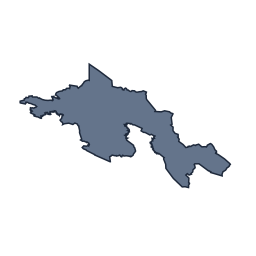 Bunkas pag., Priekules, Latvia, rotated 210°
{"feature_id": "27541924B56960431144298", "entity_name": "Bunkas pag.", "entity_type": "district", "adm_level": 2, "iso_a3": "LVA", "parent_name": "Latvia", "parent_adm1": "Priekules", "projection": "robinson", "projection_center": [21.538, 56.525], "detail": "fine", "context": "isolated", "style": "filled", "palette": "slate", "viewbox_px": 256, "rotation_deg": 210, "n_neighbors": 0, "source": "geoboundaries", "source_scale": "gbopen_adm2", "svg_char_len": 5908}
<svg xmlns="http://www.w3.org/2000/svg" viewBox="0 0 256 256"><g transform="rotate(210 128 128)"><path d="M47.2,155.7L48.7,155.8L49.1,155.4L50.7,152.8L50.5,151.2L50.6,150.8L51.9,150.4L54.6,148.6L58.7,149.3L60.7,147.2L60.7,146.7L62.7,146.2L63.7,144.8L64.3,143.4L65.5,143.2L65.7,142.5L66.7,142.3L66.8,141.8L66.6,141.3L68.2,140.0L71.9,141.2L77.4,141.8L78.1,143.9L80.0,144.8L79.8,144.9L81.4,147.5L84.6,146.9L88.0,148.3L87.8,148.3L89.4,151.3L92.5,151.9L91.7,153.3L95.8,158.7L96.1,162.7L96.3,162.9L98.6,162.4L100.1,162.8L104.9,161.2L107.3,158.6L112.9,155.8L112.9,156.9L113.1,157.1L126.1,162.0L127.0,162.8L128.6,165.4L129.8,166.1L129.9,167.1L129.7,167.3L130.0,168.3L130.9,168.2L133.4,167.8L134.6,166.2L135.9,165.4L138.2,163.4L139.9,163.1L140.8,163.5L143.2,162.4L143.5,161.3L144.0,160.9L145.3,160.7L146.7,161.0L147.7,160.5L149.0,161.3L149.9,161.4L150.2,161.3L150.9,159.8L150.5,158.9L150.8,158.7L152.1,158.5L152.6,159.3L153.7,159.7L154.9,159.5L157.1,157.7L162.4,156.2L165.8,161.0L181.9,163.0L193.5,163.9L185.4,149.9L186.0,149.8L188.0,148.0L189.0,146.2L189.0,144.4L189.4,142.6L189.2,141.5L189.8,140.9L191.0,137.6L192.3,138.1L192.9,138.7L200.0,136.0L199.9,135.4L198.9,135.1L198.3,133.0L198.9,133.0L201.1,131.5L201.2,130.0L203.0,128.8L202.9,128.5L203.4,128.0L203.5,127.2L206.0,125.2L207.6,122.9L207.6,121.5L207.3,120.4L207.1,120.6L204.8,120.2L202.0,119.4L201.9,119.1L202.8,118.4L204.0,118.3L204.6,118.7L204.9,118.1L205.7,117.9L207.4,118.0L207.3,117.8L207.5,117.7L208.1,118.1L208.5,118.1L209.2,117.3L209.7,117.2L209.7,116.9L208.1,116.2L208.1,115.9L207.2,115.2L207.5,114.7L206.9,114.4L207.0,114.0L209.1,113.3L211.0,111.9L213.7,110.6L216.6,109.8L219.7,109.7L219.7,109.3L220.3,109.1L222.3,109.3L226.2,107.1L226.7,107.2L227.1,107.9L229.7,106.0L229.4,105.5L229.6,104.3L231.6,103.6L231.6,102.3L232.4,101.5L231.9,100.2L234.8,97.3L234.0,95.9L233.7,95.9L228.9,97.5L229.1,98.6L228.8,98.8L229.2,99.4L227.6,100.1L226.5,99.9L224.1,100.7L222.2,100.8L220.0,101.4L217.8,100.9L218.2,99.7L219.1,99.0L219.4,98.1L220.7,97.8L221.7,97.0L222.6,96.8L222.6,96.6L222.0,96.0L222.1,95.4L219.8,94.8L220.6,94.3L219.9,94.1L220.3,93.7L219.7,93.1L219.9,92.9L219.3,92.8L219.4,92.4L215.3,92.8L215.1,92.5L215.7,92.1L215.4,91.8L215.0,91.8L215.3,91.5L215.1,91.4L214.6,91.8L213.3,91.9L211.7,92.5L209.0,92.7L209.1,93.0L207.9,93.2L208.1,93.7L208.8,94.1L208.6,94.5L209.2,94.9L208.1,95.4L208.3,96.0L207.6,96.2L207.4,96.5L207.6,96.9L206.2,98.3L206.2,98.6L207.0,99.1L206.5,99.3L207.2,99.6L206.2,100.3L206.4,100.5L205.6,100.7L206.0,100.9L205.7,101.2L204.6,100.9L204.8,100.6L204.6,100.4L203.5,100.4L203.6,100.1L202.1,100.7L201.8,101.3L202.9,101.4L202.6,101.9L202.8,102.1L202.5,102.2L203.3,102.3L203.8,103.1L204.3,103.1L203.1,103.5L202.1,103.7L202.1,104.2L201.2,104.1L200.8,104.4L201.0,104.7L200.3,104.7L200.3,105.1L199.8,105.3L200.1,105.7L199.9,106.1L200.1,106.2L199.2,106.6L198.3,106.2L197.9,105.3L197.3,105.6L196.4,105.2L196.9,104.8L196.5,104.5L195.7,104.7L196.1,105.1L195.7,105.2L194.9,104.4L194.1,104.9L193.7,104.6L193.9,105.6L193.4,105.9L193.7,106.2L193.5,106.5L192.0,106.6L192.0,107.0L191.1,107.1L191.2,106.7L191.7,106.5L190.6,106.2L191.1,105.7L190.3,103.2L190.8,100.9L189.0,100.1L187.8,100.1L186.5,99.2L186.3,98.3L185.2,99.9L181.7,102.6L177.5,103.5L176.5,105.7L173.9,106.1L172.5,105.1L171.5,105.1L171.2,104.4L168.6,101.6L167.6,99.7L162.5,95.1L163.1,93.9L160.8,93.8L159.3,94.7L157.8,94.7L156.7,95.3L156.4,94.9L156.0,95.3L154.4,95.3L153.5,94.6L153.9,94.3L153.5,94.0L153.7,93.7L153.4,93.5L154.1,93.1L153.6,92.7L154.0,92.7L154.8,91.5L157.4,90.4L157.9,88.2L156.2,87.7L153.1,88.1L152.6,87.8L143.4,88.3L143.3,88.0L126.9,89.8L127.0,90.0L126.6,90.2L129.5,93.9L128.8,95.0L128.6,95.3L128.2,96.6L125.3,97.5L124.5,98.2L124.0,97.9L122.6,99.1L121.6,100.4L119.8,99.7L119.4,99.8L119.5,100.0L119.1,100.2L119.3,100.6L118.6,101.4L118.7,101.8L117.5,101.7L115.6,103.1L112.5,104.3L111.7,104.3L111.7,104.8L110.9,104.9L110.0,106.9L110.3,108.8L110.0,109.7L109.9,111.8L112.3,114.2L113.5,114.6L114.6,115.8L123.1,116.8L123.8,118.1L123.3,119.0L124.5,118.6L124.3,118.2L124.5,117.9L124.8,118.1L125.4,119.9L126.8,120.1L125.7,120.9L126.9,121.4L126.6,122.1L126.2,122.3L125.4,121.8L124.9,122.5L125.0,122.9L125.5,122.9L125.2,123.9L125.5,124.0L125.7,124.6L125.6,125.2L124.9,125.4L125.1,125.8L126.3,125.8L125.5,126.3L126.3,127.3L127.5,127.6L127.2,127.3L127.6,127.1L128.2,127.9L128.9,127.6L129.5,128.2L130.4,128.3L130.0,128.8L130.2,129.0L130.8,128.9L130.7,128.6L131.5,128.7L131.2,128.3L131.7,128.1L132.2,128.6L131.8,129.1L132.7,129.3L130.7,130.6L130.9,130.9L131.7,130.8L131.8,131.2L131.6,131.4L129.3,132.6L128.2,132.6L128.3,132.9L127.7,133.4L125.2,133.2L124.2,133.9L115.6,134.7L115.3,132.1L112.4,132.0L110.9,132.7L105.6,132.9L104.6,134.2L101.7,134.2L100.7,134.6L100.6,134.4L101.3,133.9L101.3,133.5L100.7,133.1L100.9,132.5L100.1,132.2L100.7,131.8L100.6,131.1L102.0,131.0L101.7,130.6L101.2,130.5L100.9,129.6L100.3,129.3L100.8,128.9L100.8,127.6L101.6,127.0L101.5,126.4L100.3,126.3L100.5,125.7L100.3,125.7L99.9,126.1L99.4,126.1L99.0,125.7L99.2,125.4L97.7,124.6L97.6,124.4L97.9,124.2L97.5,124.2L97.5,123.8L97.8,123.9L98.1,123.3L97.2,123.4L97.3,123.1L96.6,122.8L95.8,122.9L95.6,122.6L95.7,122.0L95.2,122.1L94.9,121.4L94.1,121.4L93.5,120.9L92.6,121.0L92.5,120.7L92.8,120.5L92.6,120.3L91.5,120.3L91.4,120.7L90.9,120.8L90.3,120.2L90.1,120.6L89.5,120.6L89.7,120.9L88.8,120.8L88.6,121.4L81.9,120.4L82.1,120.0L81.6,118.9L77.3,115.5L75.0,112.0L63.5,107.0L51.6,104.1L49.2,105.7L45.8,106.7L46.4,108.0L47.0,108.6L46.9,110.5L47.3,111.0L48.1,110.9L50.2,115.1L54.4,116.2L53.8,118.1L51.6,117.8L50.0,119.7L50.7,120.0L50.0,122.3L50.8,124.3L50.0,127.1L51.1,128.5L52.4,129.5L52.3,130.3L48.7,132.5L36.8,131.1L36.6,131.4L34.1,131.4L34.1,130.8L22.5,133.6L23.4,134.9L23.9,137.5L22.4,140.3L22.3,143.2L21.5,144.5L21.2,145.9L21.5,146.4L21.2,147.7L22.1,148.1L29.0,149.5L36.4,150.1L39.5,149.9L39.6,150.5L39.0,150.5L39.0,150.8L39.8,152.2L41.8,152.6L44.4,154.5L47.2,155.7Z" fill="#64748b" stroke="#1e293b" stroke-width="1.5"/></g></svg>